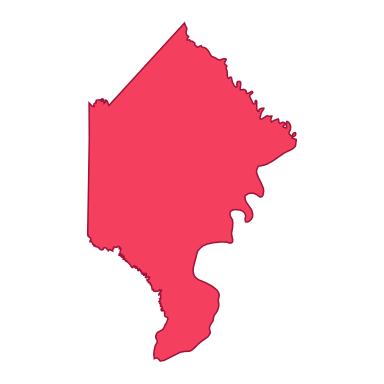 the district of Bermejo, Chaco, Argentina
{"feature_id": "61730980B13060120877983", "entity_name": "Bermejo", "entity_type": "district", "adm_level": 2, "iso_a3": "ARG", "parent_name": "Argentina", "parent_adm1": "Chaco", "projection": "natural_earth1", "projection_center": [-58.71, -26.994], "detail": "fine", "context": "isolated", "style": "filled", "palette": "rose", "viewbox_px": 384, "rotation_deg": 0, "n_neighbors": 0, "source": "geoboundaries", "source_scale": "gbopen_adm2", "svg_char_len": 6011}
<svg xmlns="http://www.w3.org/2000/svg" viewBox="0 0 384 384"><path d="M184.5,23.0L108.9,105.5L107.3,101.4L106.9,100.8L106.3,100.8L106.1,100.2L105.8,100.1L105.4,102.2L104.1,103.3L104.0,100.1L102.7,98.8L102.0,98.8L101.5,99.3L101.8,100.0L102.9,100.7L101.8,101.5L101.3,101.5L100.9,100.3L100.4,99.9L97.3,100.0L96.3,100.3L95.9,101.5L96.2,102.7L94.9,103.1L94.0,103.9L93.9,105.2L94.3,106.3L93.3,106.4L92.1,106.0L89.1,103.0L89.3,138.7L87.7,234.3L88.1,234.5L88.1,235.0L87.8,235.8L90.7,238.3L90.9,239.4L89.9,241.1L90.1,241.8L91.0,241.3L91.4,241.5L92.3,242.8L92.6,244.1L93.2,244.3L94.5,246.6L94.4,245.0L94.7,245.0L95.9,246.7L98.8,247.3L99.0,248.2L99.6,248.9L101.4,250.0L103.2,249.4L103.3,248.3L104.9,247.7L105.7,247.8L106.4,248.2L106.8,249.1L108.0,249.8L108.1,250.7L108.4,250.8L109.0,249.9L109.8,249.6L112.7,251.0L112.7,249.4L113.7,248.7L113.5,247.5L114.5,247.0L116.7,247.4L117.5,246.8L118.9,246.4L119.3,247.0L119.3,248.6L120.4,247.9L120.9,248.6L120.5,250.1L120.0,253.0L119.1,254.1L119.0,255.3L119.9,255.6L120.2,255.5L120.7,254.4L121.6,254.7L121.9,254.2L122.1,254.3L121.8,255.1L120.9,255.1L120.6,255.9L121.7,257.2L122.4,257.2L123.0,256.0L124.2,256.3L124.0,257.1L123.0,259.0L123.7,259.3L124.5,258.4L124.7,258.5L124.9,258.8L124.8,259.8L125.9,261.2L126.3,261.1L126.5,260.7L126.8,260.9L127.2,262.0L127.5,262.0L129.0,263.4L130.7,265.4L131.2,266.7L132.2,267.6L132.6,267.1L133.2,267.0L133.2,266.6L134.1,265.9L134.2,266.5L134.5,266.1L135.8,266.5L135.1,267.1L135.5,268.1L135.9,268.0L136.0,267.4L136.8,267.5L136.5,268.1L137.3,268.2L137.4,268.9L138.0,269.1L137.8,270.1L138.1,270.6L138.8,270.6L139.2,270.0L139.1,269.2L139.6,268.8L139.8,269.0L140.2,270.4L140.9,270.7L140.8,271.5L141.6,271.9L141.4,272.9L142.5,273.0L142.2,274.0L142.8,274.2L142.9,273.7L143.5,273.6L143.7,274.0L144.2,274.1L143.6,274.6L143.7,275.3L144.4,275.4L145.4,274.4L145.3,273.6L145.7,273.8L146.2,273.5L146.5,274.1L146.1,274.6L146.3,275.2L146.0,275.5L145.8,276.6L145.4,277.5L146.2,277.7L146.6,276.6L146.9,277.2L147.4,277.0L148.6,277.4L148.9,276.8L149.4,277.5L148.9,278.3L148.9,279.2L147.1,279.5L147.4,280.1L147.1,280.6L147.7,280.7L148.2,281.4L148.2,282.0L149.0,282.5L149.0,282.8L149.9,282.7L150.3,283.2L150.1,283.8L150.4,284.0L150.6,284.9L151.3,285.0L151.5,285.6L152.2,289.7L152.5,289.8L152.9,289.5L153.4,289.5L153.7,291.0L155.3,291.4L159.2,290.9L159.5,289.9L160.2,290.3L160.3,290.0L161.4,290.0L161.5,291.1L160.7,291.7L160.4,292.8L159.7,292.8L159.6,293.8L158.7,294.2L158.8,294.9L159.7,294.4L160.7,294.5L160.5,296.8L160.9,297.7L160.5,297.9L160.5,298.8L159.8,298.8L160.3,299.5L159.0,301.6L159.3,301.8L159.9,301.7L160.0,302.5L159.6,303.1L159.9,303.5L160.4,303.3L160.5,303.7L161.0,304.0L160.5,304.9L160.7,305.3L160.4,305.8L160.5,306.3L161.1,305.9L162.0,306.6L162.1,307.3L161.4,308.4L161.0,309.5L161.4,310.7L161.8,310.9L161.8,309.3L162.4,308.8L162.6,310.2L163.1,310.6L163.6,310.5L164.5,311.3L164.8,316.1L167.6,317.8L168.0,318.7L166.1,323.7L165.5,324.1L163.8,327.9L162.9,329.2L162.5,329.7L157.5,332.4L156.5,333.9L155.7,336.2L155.8,337.9L157.1,340.3L157.2,342.3L155.3,345.5L154.1,350.8L153.8,354.2L154.3,358.7L155.9,357.8L157.7,358.3L160.2,361.0L164.1,360.4L180.1,352.3L184.9,351.4L189.0,351.3L191.6,350.4L195.1,347.3L197.7,344.5L201.8,341.1L207.9,336.8L210.4,332.9L209.5,329.0L209.5,327.1L210.5,324.7L213.1,320.7L213.5,317.4L214.3,315.1L216.3,312.6L217.6,310.2L218.7,306.6L218.8,303.9L218.3,300.2L219.2,295.6L219.0,294.0L218.5,292.5L217.2,290.5L214.3,287.8L211.7,286.0L206.1,282.9L198.6,279.8L195.7,277.6L194.2,275.6L193.3,272.8L193.1,270.8L193.3,267.6L197.5,251.4L199.6,248.7L203.0,245.8L207.1,244.1L212.7,242.8L221.2,241.9L227.3,242.2L229.3,243.1L231.4,242.9L232.5,242.0L232.7,239.7L231.7,235.0L231.6,232.9L232.6,227.3L232.8,222.6L232.5,220.0L230.4,216.3L230.0,214.9L230.0,212.6L230.8,211.1L233.2,209.9L234.7,209.6L240.0,210.0L242.5,211.0L244.5,212.8L245.3,214.2L245.7,216.3L245.1,218.8L245.4,221.6L246.0,222.0L248.1,221.8L250.0,220.6L251.4,219.1L252.6,216.5L252.7,214.3L252.1,211.3L251.2,209.4L246.5,202.5L245.3,199.9L244.9,196.6L245.2,195.7L248.5,193.6L251.6,193.1L253.7,193.3L256.7,194.6L259.4,196.7L260.2,197.1L262.0,196.5L262.7,195.8L263.0,194.8L263.7,191.1L263.3,188.1L261.0,182.7L258.6,178.0L256.6,172.8L256.6,170.0L257.9,166.8L258.9,166.1L263.0,165.4L266.7,164.3L272.7,161.0L284.0,153.1L292.0,149.2L293.6,148.1L295.2,146.3L295.6,145.3L296.3,139.5L292.2,138.1L292.1,137.3L292.9,136.8L294.3,136.3L295.5,135.2L295.8,133.3L295.4,132.6L294.2,132.8L293.4,133.3L292.9,133.8L292.4,135.4L291.8,135.9L290.9,135.7L290.3,134.9L289.4,134.4L289.0,133.4L289.1,132.0L290.3,130.0L290.7,126.5L289.6,123.6L287.9,121.7L286.9,121.4L286.5,122.5L286.4,125.3L286.6,126.7L286.5,127.9L285.7,128.0L283.6,127.2L283.1,126.6L284.0,125.3L284.9,124.7L285.3,123.9L284.8,123.0L283.8,122.4L282.5,122.2L280.1,123.4L279.5,123.2L278.9,122.2L278.6,119.6L278.2,118.9L273.8,120.5L271.5,122.0L271.0,121.0L270.8,119.2L271.9,116.1L271.2,116.0L269.5,116.4L267.0,115.7L261.8,119.1L260.2,118.8L259.8,118.1L261.3,112.9L262.4,110.9L263.5,109.5L263.9,108.3L262.7,108.1L261.7,108.3L259.5,109.2L259.0,109.7L258.9,111.4L258.3,111.4L257.4,110.8L256.9,109.5L256.7,107.9L256.8,101.4L255.9,100.4L255.2,101.1L255.0,101.7L255.3,102.6L255.0,103.7L254.3,104.1L253.1,103.5L249.6,96.5L249.9,95.1L252.5,93.0L252.7,92.3L252.4,91.5L251.6,91.4L249.1,92.9L246.6,93.5L246.0,90.7L244.6,89.5L243.4,89.4L240.4,89.9L240.1,89.1L240.7,84.7L240.6,82.4L239.9,81.4L238.0,81.4L237.3,81.8L236.8,84.3L237.0,86.4L236.6,86.9L235.9,87.2L234.4,86.0L232.4,82.2L231.4,77.4L230.3,77.1L228.4,78.4L227.4,76.8L227.2,71.4L226.1,68.3L226.1,67.4L226.9,66.4L226.5,65.4L225.3,64.8L224.8,64.2L224.6,63.4L224.5,62.7L226.3,59.4L225.7,58.8L223.6,58.7L219.8,60.0L218.5,59.8L214.1,57.2L212.4,56.8L211.1,55.7L208.2,50.7L206.2,48.5L204.0,47.4L202.6,47.4L201.6,46.7L201.2,45.6L197.2,47.3L195.8,45.7L194.8,45.0L194.7,44.3L194.9,43.4L194.4,42.7L192.2,41.2L190.5,41.1L189.6,39.8L188.0,40.1L187.0,39.9L187.5,38.3L188.5,37.0L188.7,36.4L186.9,35.3L186.3,33.9L186.0,32.0L186.9,29.1L186.6,27.8L185.5,25.8L184.5,23.0Z" fill="#f43f5e" stroke="#9f1239" stroke-width="1.5"/></svg>